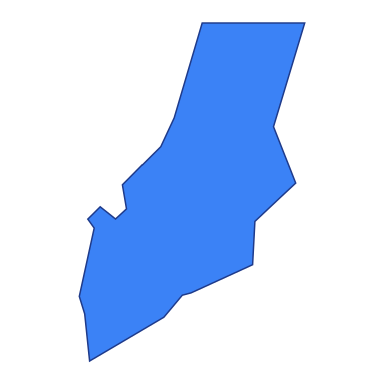 the district of Henganofi District, Eastern Highlands, Papua New Guinea
{"feature_id": "67681753B63993411977108", "entity_name": "Henganofi District", "entity_type": "district", "adm_level": 2, "iso_a3": "PNG", "parent_name": "Papua New Guinea", "parent_adm1": "Eastern Highlands", "projection": "natural_earth1", "projection_center": [145.631, -6.207], "detail": "fine", "context": "isolated", "style": "filled", "palette": "blue", "viewbox_px": 384, "rotation_deg": 0, "n_neighbors": 0, "source": "geoboundaries", "source_scale": "gbopen_adm2", "svg_char_len": 437}
<svg xmlns="http://www.w3.org/2000/svg" viewBox="0 0 384 384"><path d="M163.9,317.2L182.3,295.2L191.0,292.9L252.6,264.7L254.9,221.4L279.4,198.3L295.7,183.1L289.4,167.0L283.6,152.4L273.5,126.7L304.7,23.0L202.2,23.0L174.2,117.9L160.8,146.7L142.4,165.0L142.1,164.9L122.4,184.8L126.5,208.9L115.5,219.0L100.2,206.8L87.8,219.1L94.2,228.1L79.3,296.4L84.7,313.9L89.6,361.0L163.9,317.2Z" fill="#3b82f6" stroke="#1e3a8a" stroke-width="1.5"/></svg>